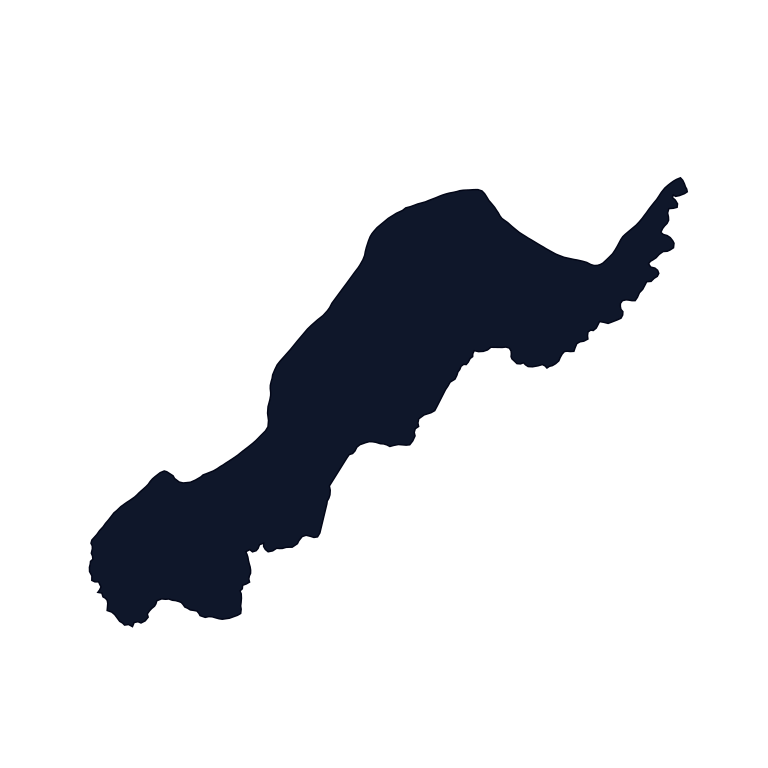 Itapiratins, Tocantins, Brazil, rotated 46°
{"feature_id": "56859067B41271954080984", "entity_name": "Itapiratins", "entity_type": "district", "adm_level": 2, "iso_a3": "BRA", "parent_name": "Brazil", "parent_adm1": "Tocantins", "projection": "robinson", "projection_center": [-48.008, -8.299], "detail": "fine", "context": "isolated", "style": "filled", "palette": "ink", "viewbox_px": 768, "rotation_deg": 46, "n_neighbors": 0, "source": "geoboundaries", "source_scale": "gbopen_adm2", "svg_char_len": 5675}
<svg xmlns="http://www.w3.org/2000/svg" viewBox="0 0 768 768"><g transform="rotate(46 384 384)"><path d="M441.6,27.5L440.0,31.5L439.2,34.7L438.7,37.9L438.3,41.7L438.1,45.9L438.8,51.4L439.8,55.6L440.7,59.8L441.1,63.6L441.6,67.4L442.2,71.6L443.1,76.3L443.6,79.7L444.2,83.1L444.7,87.9L444.9,92.4L444.6,96.4L444.3,100.6L444.1,103.6L443.9,106.6L443.9,109.9L444.6,113.2L445.8,116.9L447.0,120.6L448.1,124.5L449.1,129.1L449.2,133.7L449.2,138.0L449.1,142.6L448.3,145.4L446.9,148.2L444.5,150.7L441.6,152.3L437.4,153.7L433.9,155.7L431.6,157.2L429.0,158.9L426.3,160.9L423.9,162.5L420.9,164.5L417.9,166.5L415.5,167.6L413.2,168.7L409.8,170.2L405.6,171.5L401.7,172.7L399.1,173.5L396.2,174.2L393.2,175.1L389.9,176.0L386.1,177.0L382.7,177.9L379.3,178.9L375.9,179.7L371.9,180.7L368.9,181.4L365.6,181.8L362.2,182.2L359.5,182.5L356.7,182.7L353.8,182.9L350.7,183.5L346.8,184.2L343.5,183.8L340.3,182.9L336.8,182.3L333.9,181.7L330.3,181.4L327.3,181.2L324.8,181.1L322.3,180.5L320.0,180.0L316.9,179.4L313.2,179.4L309.4,181.4L306.5,184.5L303.9,187.6L301.4,190.4L299.5,192.6L297.6,195.2L296.3,197.7L294.3,201.0L292.1,204.3L290.4,207.3L288.8,210.5L287.6,213.3L286.1,217.2L284.3,221.4L282.9,224.7L281.8,227.6L279.8,231.3L277.9,234.7L276.4,238.2L274.8,241.8L272.4,246.0L272.0,250.2L269.8,256.4L267.8,265.8L266.9,277.5L266.7,280.4L267.1,285.3L267.5,288.3L268.4,291.6L270.3,295.8L271.9,298.8L273.5,301.8L275.8,305.5L278.0,308.5L280.0,312.9L281.7,318.7L282.4,321.7L283.3,327.7L285.6,340.8L286.7,347.6L289.7,365.3L291.3,370.0L292.0,373.9L292.4,380.3L291.7,387.2L291.3,395.6L291.3,400.8L292.5,412.7L292.9,416.6L294.2,427.4L295.4,443.1L296.0,447.5L297.7,452.2L300.1,457.8L302.2,460.5L303.9,463.5L306.0,466.7L308.3,469.0L311.5,471.5L313.5,473.5L315.9,476.8L318.4,480.9L319.7,483.1L324.1,488.0L330.0,492.4L334.2,497.2L335.4,501.9L335.5,508.3L335.7,515.4L335.5,519.6L334.9,526.0L334.2,531.7L333.9,535.1L333.6,538.7L332.5,545.2L331.0,552.7L330.5,555.8L329.7,559.0L329.1,562.7L328.0,567.1L325.0,574.4L323.7,577.3L323.6,580.3L322.1,586.4L320.2,591.5L315.7,597.2L312.3,599.4L306.5,600.3L303.5,599.5L296.2,601.2L293.9,602.5L292.3,606.6L291.6,613.1L291.4,616.4L291.7,619.8L292.4,623.3L292.5,626.6L292.1,635.6L292.2,638.6L292.1,641.8L291.2,647.6L290.4,651.6L289.4,658.4L289.4,664.1L289.1,667.8L290.4,676.6L290.8,681.1L291.6,685.3L291.9,690.5L292.8,695.2L293.3,702.5L295.0,705.4L297.8,706.3L299.9,708.2L302.4,712.1L305.3,713.2L307.8,715.2L307.7,718.3L309.4,720.3L311.2,723.2L314.4,726.1L319.1,727.4L322.3,730.6L325.5,729.4L328.1,726.7L330.8,727.7L333.4,728.5L334.6,731.7L335.1,734.6L338.4,732.2L341.9,734.0L344.6,733.2L347.4,733.4L349.9,735.1L352.2,737.7L354.6,740.5L358.9,738.3L362.8,737.9L366.7,738.4L371.1,739.0L374.4,738.1L377.2,738.1L379.6,734.8L383.8,733.5L382.0,729.4L384.1,726.1L387.1,724.8L388.5,720.3L387.9,715.6L385.0,714.0L384.3,710.4L384.1,707.2L384.4,703.4L383.7,700.8L382.1,698.0L384.1,693.2L387.1,690.7L389.2,688.1L392.5,686.5L395.0,684.4L397.9,682.7L400.3,681.6L402.9,681.7L406.1,682.2L408.7,681.1L411.9,680.3L414.5,678.3L417.3,676.3L420.5,676.5L422.8,677.2L427.7,674.7L429.6,671.6L432.1,669.3L435.3,667.5L438.3,665.7L440.9,663.7L442.9,660.9L445.1,657.9L447.1,653.4L448.6,650.1L449.5,646.5L446.8,643.2L444.1,641.3L442.0,638.7L439.1,635.4L435.8,632.5L432.8,631.3L432.9,628.2L430.6,625.5L432.2,621.9L433.1,618.3L430.3,616.7L428.5,614.1L427.5,611.5L425.2,609.2L422.5,607.3L420.0,606.0L416.9,604.2L414.0,602.2L411.8,601.1L408.7,599.9L409.9,595.6L413.4,595.2L415.1,591.8L414.8,588.8L413.1,585.2L414.9,581.1L417.3,583.5L420.6,584.3L424.2,583.9L426.7,580.0L427.6,575.3L429.7,573.5L431.7,571.3L433.5,567.9L435.4,565.7L437.6,563.4L438.2,560.1L438.7,557.2L437.6,554.2L436.9,548.8L438.7,545.1L442.5,542.7L445.7,541.0L447.8,538.0L446.6,533.6L430.5,508.3L428.8,506.2L427.9,503.1L426.2,499.9L423.1,496.5L419.4,494.1L411.4,462.0L410.6,458.1L412.2,454.9L412.0,451.4L410.6,447.5L410.9,443.5L412.2,440.7L413.4,438.0L415.2,434.7L417.3,432.6L420.2,430.4L424.4,428.1L426.8,425.9L429.9,424.2L433.0,423.2L434.9,419.7L437.5,415.7L440.9,412.7L443.4,410.5L445.6,407.7L444.9,402.8L442.9,397.7L439.8,395.9L437.9,392.6L438.6,388.6L435.6,386.7L433.2,383.2L433.7,379.6L434.1,376.6L435.8,373.2L437.3,370.2L438.4,366.0L436.8,361.1L430.8,343.7L429.9,339.5L428.6,335.2L429.8,329.5L428.4,325.6L426.7,322.5L426.2,319.4L424.8,316.3L425.2,313.0L427.1,311.4L426.8,308.2L425.5,304.3L425.9,301.2L423.9,299.1L422.7,295.9L426.4,293.5L429.5,289.9L431.4,285.9L431.8,281.6L439.9,273.5L442.1,270.6L445.2,268.9L448.6,269.7L450.8,271.5L452.6,273.6L454.8,274.5L458.4,274.3L461.7,274.2L464.4,271.8L465.6,268.9L468.5,268.9L471.6,268.2L474.8,265.2L477.9,260.6L480.0,256.6L482.8,255.6L485.7,255.7L486.2,252.7L487.7,250.2L488.6,246.5L488.8,242.2L487.4,239.0L486.2,235.0L486.0,231.6L487.6,229.5L490.1,227.4L492.4,224.7L490.8,221.6L488.9,217.3L489.8,213.7L492.0,210.5L493.3,206.1L490.7,204.1L488.3,201.2L488.8,197.9L490.9,196.3L491.2,192.5L490.0,188.9L488.8,185.6L492.2,183.1L496.1,180.7L498.0,176.3L500.0,171.5L501.3,167.8L500.2,164.4L497.9,161.9L494.9,161.7L492.4,160.1L490.3,158.0L489.7,154.6L491.6,151.4L493.6,149.7L496.2,147.8L498.5,145.4L497.7,141.5L495.8,136.9L495.6,132.1L494.4,128.4L492.9,124.0L495.7,120.6L495.6,116.4L496.4,112.6L495.3,109.5L492.3,108.2L488.8,108.6L485.2,110.9L481.3,110.2L480.8,107.2L481.5,104.4L482.2,100.6L481.9,96.1L482.6,91.2L485.3,88.0L486.3,85.2L487.1,81.1L484.2,77.6L481.5,76.8L477.6,76.4L473.9,77.2L470.5,79.2L467.2,79.5L465.7,75.6L465.2,72.4L465.1,68.8L463.9,65.5L461.4,63.3L458.0,61.2L455.7,57.3L458.6,53.8L460.5,50.4L458.3,47.7L454.1,46.7L450.2,47.0L449.0,44.6L451.6,43.9L453.7,40.6L455.8,35.6L456.4,32.3L454.0,30.8L451.6,30.2L448.6,28.8L445.0,27.6L441.6,27.5Z" fill="#0f172a" stroke="#020617" stroke-width="1.5"/></g></svg>